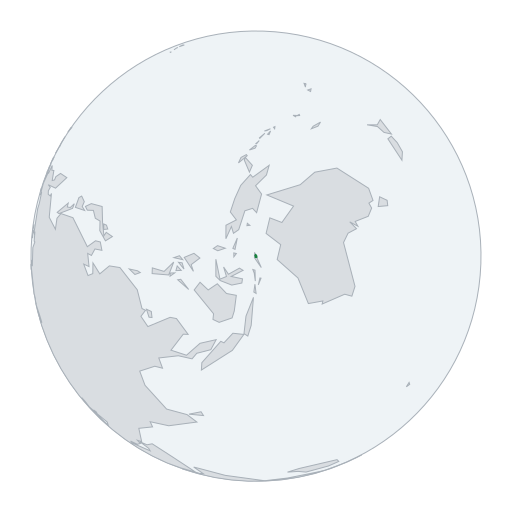 Viqueque highlighted on a globe, orthographic projection, rotated 272°
{"feature_id": "TLS-552", "entity_name": "Viqueque", "entity_type": "District", "adm_level": 1, "iso_a3": "TLS", "parent_name": "East Timor", "parent_adm1": "", "projection": "orthographic", "projection_center": [126.408, -8.804], "detail": "fine", "context": "on_globe", "style": "filled", "palette": "green", "viewbox_px": 512, "rotation_deg": 272, "n_neighbors": 0, "source": "natural_earth", "source_scale": "10m", "svg_char_len": 7068}
<svg xmlns="http://www.w3.org/2000/svg" viewBox="0 0 512 512"><g transform="rotate(272 256 256)"><circle cx="256" cy="256" r="225" fill="#eef3f6" stroke="#a8b0b8"/><path d="M430.2,298.0L430.0,299.7L429.8,299.8L430.2,298.0ZM375.6,65.1L377.8,66.5L378.3,67.7L373.2,63.6L375.6,65.1ZM368.6,60.9L367.2,60.2L362.6,57.6L359.0,55.9L353.7,53.2L351.6,52.0L368.6,60.9ZM347.2,50.0L346.5,49.7L340.4,47.3L341.9,47.8L347.2,50.0ZM333.1,44.3L332.4,44.1L333.1,44.3ZM464.4,177.0L462.5,172.0L464.3,175.3L464.4,177.0ZM460.9,168.9L461.7,170.6L460.9,169.2L460.9,168.9ZM460.1,167.8L460.7,168.6L460.2,168.2L460.1,167.8ZM459.2,167.0L459.6,167.2L459.6,167.4L459.2,167.0ZM457.1,164.3L456.5,163.4L456.7,163.2L457.1,164.3ZM359.4,56.2L360.8,57.0L358.3,55.9L359.4,56.2ZM348.0,50.8L343.8,49.1L347.7,50.5L348.0,50.8ZM341.0,47.9L330.6,44.4L332.7,45.6L321.1,40.9L333.7,45.0L338.2,46.4L338.0,46.6L341.0,47.9ZM316.3,39.1L313.5,38.4L316.0,39.0L316.3,39.1ZM179.4,44.1L179.6,44.1L182.4,43.1L183.9,42.6L185.1,42.2L184.8,42.6L186.9,41.9L187.9,41.4L192.8,39.8L201.2,37.5L200.6,37.8L197.5,38.6L190.0,41.3L181.8,44.2L182.4,44.2L189.4,41.8L198.5,38.4L203.8,37.0L200.2,38.2L201.9,37.6L204.3,37.0L206.2,36.9L210.5,35.6L238.0,31.7L244.3,31.9L238.0,32.8L256.6,32.7L262.3,34.5L263.2,33.8L272.7,34.2L271.0,33.6L272.1,33.4L295.8,36.2L300.9,37.6L312.0,39.5L312.5,39.3L309.3,38.2L321.1,40.9L332.7,45.6L331.1,45.6L339.4,49.2L334.6,49.0L334.4,51.0L324.3,49.7L325.0,52.0L328.3,53.2L331.7,57.8L327.7,64.2L316.8,53.3L320.0,45.9L317.5,48.0L313.9,46.2L310.4,46.2L308.9,48.3L311.4,49.4L287.5,48.0L275.7,54.6L286.8,55.8L291.6,59.6L287.9,71.7L259.4,87.1L265.6,95.1L264.6,99.9L256.3,101.8L257.4,94.8L250.8,91.5L252.7,87.7L239.6,89.5L241.9,84.1L230.6,88.8L232.7,93.5L243.4,93.3L232.7,100.5L241.0,109.8L239.7,120.4L218.1,138.5L199.5,143.9L197.9,147.5L191.7,143.1L181.7,150.4L191.7,172.3L190.7,178.7L175.3,190.9L175.3,186.0L158.9,174.3L154.4,190.0L166.8,203.1L171.0,219.1L160.8,214.1L156.7,200.2L151.0,195.7L153.6,181.9L150.7,162.4L140.6,166.5L142.3,158.7L136.9,143.8L122.9,149.6L99.9,172.0L95.1,192.6L88.0,202.7L83.3,174.7L86.7,156.0L81.6,158.6L79.7,144.9L66.5,148.2L67.7,143.9L64.6,147.0L63.7,144.0L66.7,137.1L64.8,138.8L57.6,157.0L60.0,155.5L66.3,146.5L63.5,153.6L64.7,158.8L52.4,179.4L37.9,203.2L41.6,188.2L46.1,174.3L52.4,159.6L59.8,145.3L68.1,131.7L77.4,118.7L87.6,106.3L98.7,94.8L110.5,84.0L123.1,74.1L136.4,65.1L150.2,57.1L164.6,50.1L179.4,44.1ZM40.7,189.6L37.6,204.2L36.8,207.0L36.7,210.8L42.9,201.1L41.8,206.3L35.7,232.9L31.7,272.5L35.2,295.2L40.0,315.6L44.1,332.3L50.4,347.5L53.5,354.7L58.1,363.6L60.9,368.7L53.1,353.8L46.3,338.4L40.7,322.5L36.4,306.2L33.2,289.6L31.4,272.9L30.7,256.0L31.3,239.2L33.2,222.5L36.4,205.9L40.7,189.6ZM81.9,114.2L84.9,113.1L92.7,102.9L94.5,101.9L96.5,99.1L93.2,102.2L99.5,94.6L104.1,90.9L108.4,86.8L107.6,87.1L98.2,95.3L89.2,105.8L84.6,110.7L81.9,114.2ZM130.5,410.8L135.0,413.4L133.1,414.1L130.5,410.8ZM45.1,306.4L55.3,344.1L53.6,345.9L48.7,335.8L41.8,313.5L42.2,305.6L41.1,295.0L45.1,306.4ZM227.2,259.3L234.2,260.7L234.0,261.8L227.2,259.3ZM219.9,255.1L227.8,255.9L218.6,257.4L219.9,255.1ZM230.9,256.2L238.9,254.8L242.4,253.3L241.8,255.5L230.9,256.2ZM214.6,254.9L186.5,253.6L175.7,250.6L178.0,246.7L195.6,248.1L214.6,254.9ZM177.2,246.6L160.9,235.7L140.1,205.4L147.5,205.6L169.5,223.8L168.1,227.0L178.0,235.6L177.2,246.6ZM217.5,227.8L216.0,237.7L200.3,236.2L193.3,234.3L188.4,221.5L191.1,215.2L196.8,215.6L219.9,195.4L227.8,201.0L220.4,209.4L226.9,218.3L217.5,227.8ZM95.6,194.5L98.4,206.5L94.7,209.1L95.6,194.5ZM230.1,181.6L220.2,189.9L229.5,178.6L230.1,181.6ZM236.0,170.9L236.3,175.4L232.8,170.8L236.0,170.9ZM196.9,153.3L190.9,154.2L191.1,151.2L199.0,148.4L196.9,153.3ZM238.6,129.8L237.1,138.1L235.4,140.9L233.3,135.6L238.6,129.8ZM234.6,31.9L238.8,31.4L240.2,31.4L239.4,31.5L234.6,31.9ZM238.4,31.4L234.9,31.7L234.5,31.7L238.4,31.4ZM377.7,383.7L380.5,387.0L374.2,393.2L365.3,398.7L356.8,398.5L377.7,383.7ZM310.9,385.9L309.7,376.4L319.5,377.5L316.2,385.1L310.9,385.9ZM384.0,379.6L389.6,372.9L391.0,362.4L391.3,372.6L396.7,375.4L382.6,387.1L384.0,379.6ZM272.5,343.0L229.1,356.0L219.2,353.2L220.9,346.0L210.3,323.8L213.4,324.4L210.3,310.0L235.5,298.7L253.2,277.3L268.2,280.3L278.9,265.3L294.6,268.5L290.4,280.7L307.2,291.8L317.4,264.7L328.8,297.7L341.8,311.8L346.7,333.8L327.6,366.2L315.6,371.0L312.8,367.0L307.9,369.9L299.6,366.8L294.0,353.9L289.3,356.8L293.4,348.5L286.8,355.5L282.0,347.2L272.5,343.0ZM385.1,306.9L387.7,308.6L392.1,315.8L387.9,313.4L385.1,306.9ZM423.7,301.9L425.0,305.2L422.3,304.8L423.7,301.9ZM429.8,299.8L426.5,299.5L430.2,298.0L429.8,299.8ZM397.6,291.9L399.0,294.3L397.9,294.7L397.6,291.9ZM396.5,290.8L397.9,288.1L397.9,291.3L396.5,290.8ZM383.8,270.2L385.3,269.0L386.0,270.4L383.8,270.2ZM244.6,261.7L254.2,254.5L259.6,254.4L244.6,261.7ZM381.5,266.2L377.7,264.8L378.1,263.3L381.5,266.2ZM381.7,262.4L381.2,260.0L383.7,266.0L381.7,262.4ZM374.2,255.3L379.0,260.6L373.7,255.7L374.2,255.3ZM371.5,255.2L368.1,252.6L368.3,252.0L371.5,255.2ZM334.6,250.0L347.1,266.0L337.3,263.6L326.2,253.1L318.1,259.4L299.3,255.1L303.5,250.9L300.8,243.3L281.7,237.8L277.9,232.7L284.6,230.4L272.2,225.3L285.7,224.9L291.4,235.1L299.1,228.8L312.7,232.8L326.1,238.3L337.2,247.6L334.6,250.0ZM286.0,245.9L288.4,246.2L286.4,248.8L286.0,245.9ZM361.7,245.7L366.6,251.6L366.1,252.6L363.7,251.3L361.7,245.7ZM339.6,246.5L351.4,241.0L354.2,241.8L346.5,249.2L339.6,246.5ZM348.4,235.2L354.0,237.6L357.0,242.8L355.9,243.7L348.4,235.2ZM258.3,233.7L257.8,236.3L254.4,233.9L258.3,233.7ZM262.8,232.6L273.3,236.7L261.9,234.8L262.8,232.6ZM231.6,220.8L234.5,227.2L243.9,224.0L236.8,229.1L243.3,239.9L241.2,243.6L234.7,231.9L232.7,243.3L228.5,242.8L226.1,232.8L230.2,221.1L234.3,216.6L251.4,216.0L231.6,220.8ZM262.7,225.0L259.9,217.6L262.0,213.1L265.0,217.2L262.7,225.0ZM252.0,200.0L245.1,191.5L238.5,194.0L252.1,184.3L256.5,193.9L252.0,200.0ZM246.6,182.4L240.4,184.5L247.0,178.8L246.6,182.4ZM239.0,181.8L238.6,176.5L243.3,177.6L239.0,181.8ZM249.8,182.9L251.5,174.0L253.6,179.5L249.8,182.9ZM237.4,164.7L247.1,174.0L234.0,169.4L234.8,152.8L240.5,152.8L237.4,164.7ZM277.8,106.9L277.2,102.9L282.7,102.8L281.6,105.5L277.8,106.9ZM300.1,100.5L284.0,101.5L270.9,103.3L274.4,105.5L270.4,111.8L265.9,105.0L275.9,99.0L285.5,98.9L288.1,94.1L295.9,91.9L295.9,85.8L299.6,83.8L302.6,89.6L300.1,100.5ZM295.5,83.2L298.3,73.8L308.2,77.0L309.8,79.7L304.3,82.5L299.4,80.6L295.5,83.2ZM301.9,72.6L297.2,71.0L291.5,57.6L292.7,55.8L302.3,66.5L298.4,65.7L298.0,68.7L301.9,72.6ZM313.8,38.6L313.5,38.4L315.5,39.0L313.8,38.6ZM271.0,33.1L272.9,32.9L275.2,33.3L271.0,33.1ZM279.4,32.9L275.4,32.5L279.9,32.8L279.4,32.9ZM266.5,31.8L274.0,32.3L266.5,32.1L266.5,31.8Z" fill="#d9dde1" stroke="#a8b0b8" stroke-width="1"/><path d="M257.2,255.8L256.9,256.0L256.7,256.0L256.4,256.4L256.3,256.5L256.1,256.6L255.1,256.7L255.0,256.8L254.8,256.6L254.7,256.4L254.6,256.1L254.6,255.9L254.7,255.7L254.8,255.5L255.0,255.5L255.3,255.6L255.5,255.5L255.9,255.5L256.0,255.6L256.1,255.4L256.2,255.2L256.3,255.3L256.3,255.5L256.6,255.5L256.8,255.6L256.9,255.4L257.1,255.4L257.2,255.5L257.3,255.6L257.2,255.7L257.2,255.8Z" fill="#22c55e" stroke="#15803d" stroke-width="1.5"/></g></svg>